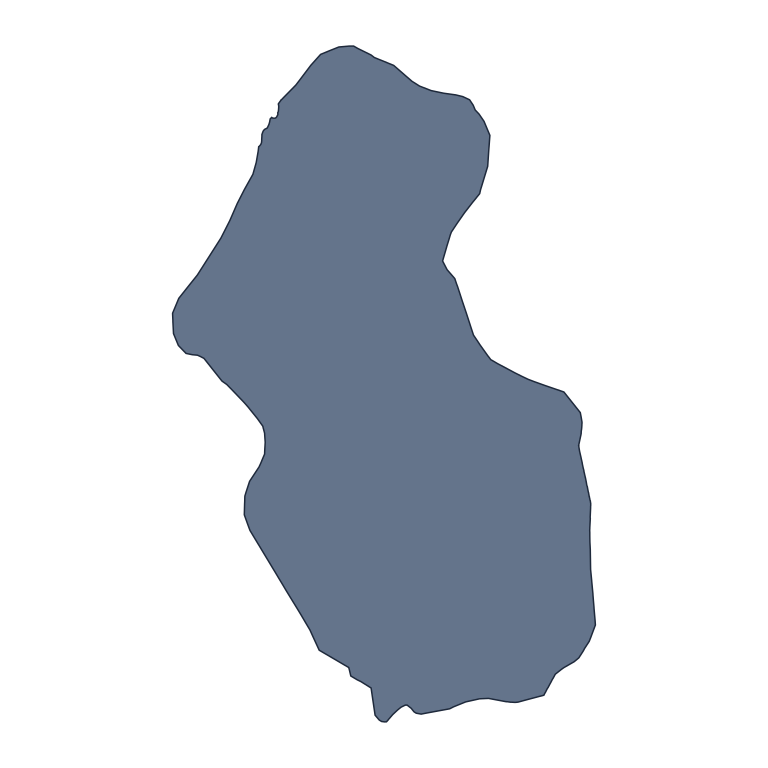 outline of Gunung Mas, Kalimantan Tengah, Indonesia
{"feature_id": "22746128B12491014044373", "entity_name": "Gunung Mas", "entity_type": "district", "adm_level": 2, "iso_a3": "IDN", "parent_name": "Indonesia", "parent_adm1": "Kalimantan Tengah", "projection": "natural_earth1", "projection_center": [113.623, -0.987], "detail": "fine", "context": "isolated", "style": "filled", "palette": "slate", "viewbox_px": 768, "rotation_deg": 0, "n_neighbors": 0, "source": "geoboundaries", "source_scale": "gbopen_adm2", "svg_char_len": 4659}
<svg xmlns="http://www.w3.org/2000/svg" viewBox="0 0 768 768"><path d="M489.9,135.4L484.0,121.3L479.0,114.0L475.2,110.0L473.2,105.2L469.6,99.8L462.8,96.6L455.8,94.9L443.6,93.2L431.2,90.6L419.6,86.1L412.0,81.3L405.3,75.5L393.7,65.4L374.3,57.5L371.1,55.0L357.9,48.5L353.7,46.1L349.0,46.1L338.8,47.0L328.8,51.0L320.6,54.4L310.9,65.2L298.8,81.2L295.8,85.1L283.9,97.2L281.0,100.2L280.9,100.2L280.9,100.3L279.0,102.9L278.3,104.0L278.5,104.9L278.7,105.9L278.7,107.3L278.6,108.6L278.5,110.0L278.3,111.6L277.8,112.7L277.7,112.9L277.9,114.0L277.8,114.8L277.3,115.6L276.7,116.9L275.6,118.0L274.6,118.2L273.9,118.2L273.2,118.1L272.5,118.0L271.7,117.4L270.2,118.9L269.6,122.1L268.9,124.5L267.3,127.9L266.0,128.7L265.0,129.1L263.6,130.4L263.0,131.5L262.4,133.1L261.9,134.6L261.9,136.3L261.7,139.3L261.7,140.7L261.5,142.7L260.7,144.6L259.4,146.1L258.9,146.6L258.7,146.7L258.2,151.1L256.2,162.6L252.9,174.3L244.4,189.5L237.3,203.4L229.8,220.6L220.9,238.1L197.3,275.1L190.4,283.7L186.5,288.6L178.8,298.3L172.9,312.5L172.6,313.2L172.6,313.7L172.6,314.2L172.9,320.5L172.9,321.7L173.5,333.6L178.4,345.5L184.0,351.3L185.2,352.5L186.0,353.4L192.2,354.7L197.5,355.2L200.6,356.6L204.0,358.4L212.3,368.9L222.0,381.1L226.8,384.5L230.5,388.3L233.7,391.6L240.1,398.3L242.6,400.9L242.8,401.1L244.2,402.6L248.4,407.4L249.5,408.8L249.8,409.2L257.4,418.6L262.8,426.2L263.0,427.0L263.2,428.0L263.6,429.4L264.6,433.2L264.6,433.3L264.7,435.0L265.2,442.3L264.7,451.1L264.6,454.1L263.6,456.4L261.7,460.9L261.7,461.0L260.1,464.7L259.7,465.4L259.2,466.7L249.6,481.3L249.3,482.2L246.7,490.2L246.1,492.0L244.9,496.0L244.8,497.6L244.7,501.9L244.6,503.7L244.3,514.8L248.0,525.1L250.0,530.5L252.6,534.8L253.2,535.8L258.2,544.1L258.9,545.2L261.7,549.9L267.2,559.0L274.2,570.6L275.3,572.4L278.7,578.1L283.1,585.4L286.0,590.3L292.3,600.6L296.8,607.9L301.1,615.0L305.5,622.5L309.9,629.9L313.4,637.6L319.2,650.2L324.1,653.1L334.9,659.4L343.4,664.4L348.7,667.5L349.3,669.6L350.8,676.0L353.0,677.3L357.2,679.8L360.9,681.6L371.1,688.0L373.5,704.4L375.1,715.2L379.2,720.0L381.6,721.5L384.7,721.9L386.5,721.8L388.3,719.8L388.3,719.7L392.7,714.6L397.6,710.0L400.7,707.5L401.2,707.1L405.3,705.1L407.1,705.1L411.2,708.3L414.0,711.8L416.2,713.2L421.2,714.1L426.3,713.1L442.1,710.2L449.7,708.8L453.6,706.8L465.7,701.9L479.6,698.8L488.5,698.4L506.1,701.7L507.1,701.7L507.9,701.8L509.2,702.0L510.6,702.2L511.7,702.2L515.1,702.4L516.2,702.3L516.4,702.3L518.1,702.1L526.2,699.9L543.9,695.2L544.3,694.3L544.8,693.3L545.3,692.6L545.8,691.6L546.3,690.6L546.7,689.8L547.2,688.8L547.6,688.2L548.2,687.3L549.6,684.6L550.5,683.0L550.7,682.6L551.1,681.9L552.3,679.5L553.2,678.1L555.3,674.2L561.4,669.4L563.9,667.6L574.2,661.7L578.8,657.9L583.0,651.4L583.7,650.2L584.5,648.6L589.0,641.7L589.2,641.4L590.9,637.1L592.0,634.1L595.4,625.0L595.3,623.6L595.1,620.7L594.0,608.0L594.0,607.6L594.0,607.4L593.5,601.6L593.0,595.4L592.9,593.6L591.7,581.0L591.7,580.9L591.7,580.7L590.6,569.5L590.3,550.4L590.3,549.8L589.9,542.0L589.8,535.8L589.8,532.8L589.7,530.2L589.8,528.7L589.8,527.8L590.3,518.4L590.2,518.1L590.2,516.7L590.2,516.0L590.3,515.3L590.3,514.6L590.6,508.1L590.6,506.5L590.7,505.6L590.7,504.9L590.7,504.0L590.7,503.3L590.6,502.9L590.4,501.5L590.3,500.7L590.1,500.3L589.9,499.8L589.8,498.9L589.6,498.0L589.4,497.1L589.4,496.8L589.3,496.5L589.2,496.5L589.0,495.3L589.0,495.0L588.8,494.4L588.7,494.0L588.7,493.3L588.7,493.1L588.6,492.9L588.5,492.6L588.3,492.0L587.8,489.4L587.3,486.6L586.9,485.6L586.8,485.3L586.3,482.2L585.4,477.6L585.2,477.1L585.2,476.9L585.0,476.0L584.7,474.8L584.4,473.3L584.0,471.8L584.0,471.4L583.8,471.1L583.9,470.6L583.7,469.9L583.6,469.4L583.3,468.4L583.2,468.0L582.4,464.2L582.3,463.8L582.3,463.4L582.2,462.9L581.7,460.6L581.3,458.9L581.0,457.4L579.6,451.3L579.5,450.7L578.8,446.5L578.9,445.9L578.7,445.8L578.6,445.7L580.6,436.3L580.7,435.8L581.0,434.6L581.0,434.2L581.1,433.6L581.2,433.3L581.2,432.1L581.3,431.0L581.3,430.9L581.6,429.1L581.7,427.8L581.8,426.9L581.8,426.4L581.9,425.0L581.9,424.1L582.0,423.4L582.0,422.4L582.0,422.1L581.1,416.8L580.3,412.6L563.9,392.0L544.7,385.4L534.1,381.6L528.1,379.3L521.8,376.3L514.6,372.7L510.9,370.7L507.7,369.0L498.3,364.0L497.7,363.7L492.3,360.5L490.8,359.7L488.8,357.0L487.9,355.9L484.9,351.7L479.4,344.0L479.4,343.9L473.5,335.1L470.6,326.3L469.8,323.8L466.2,312.7L462.2,300.8L457.7,286.9L456.4,283.4L454.8,278.6L453.1,276.6L447.1,269.7L442.6,261.0L443.9,256.5L446.6,247.2L446.1,247.1L446.5,247.1L446.7,246.7L447.4,244.5L449.1,239.0L450.3,234.9L451.4,232.0L457.1,223.4L464.5,212.8L472.1,203.0L473.4,201.4L474.0,200.7L479.7,193.6L480.6,189.6L481.5,186.7L487.7,166.3L488.7,151.2L489.5,140.6L489.9,135.4Z" fill="#64748b" stroke="#1e293b" stroke-width="1.5"/></svg>